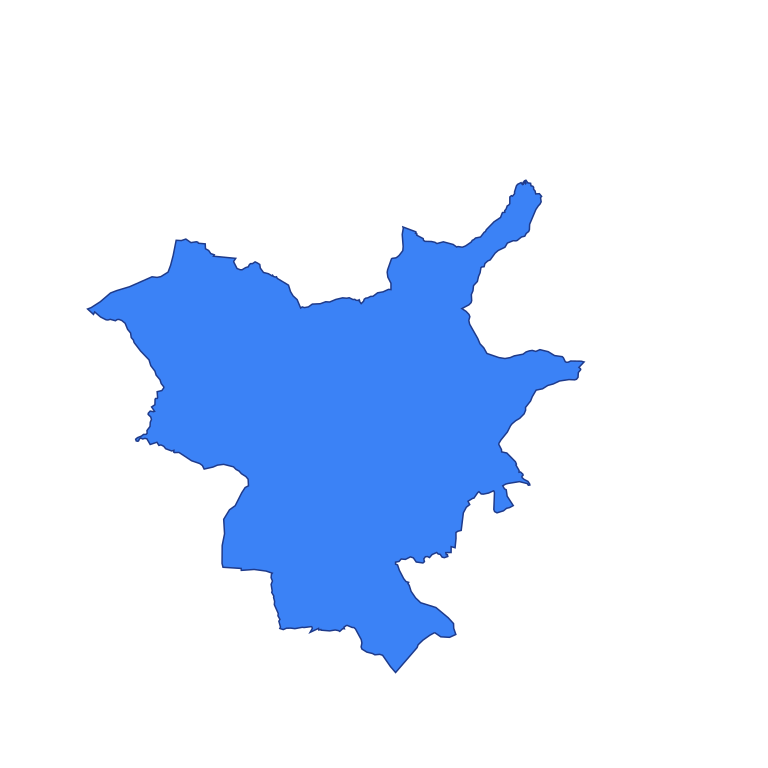 Calugareni, Prahova, Romania (Albers equal-area conic projection), rotated 52°
{"feature_id": "2599482B25191657373311", "entity_name": "Calugareni", "entity_type": "district", "adm_level": 2, "iso_a3": "ROU", "parent_name": "Romania", "parent_adm1": "Prahova", "projection": "albers", "projection_center": [26.374, 45.087], "detail": "fine", "context": "isolated", "style": "filled", "palette": "blue", "viewbox_px": 768, "rotation_deg": 52, "n_neighbors": 0, "source": "geoboundaries", "source_scale": "gbopen_adm2", "svg_char_len": 6158}
<svg xmlns="http://www.w3.org/2000/svg" viewBox="0 0 768 768"><g transform="rotate(52 384 384)"><path d="M142.4,571.4L150.3,570.1L149.1,567.6L156.7,566.1L162.3,563.5L163.6,562.1L164.5,559.9L168.8,556.7L168.9,554.7L169.9,553.1L172.6,551.5L176.8,550.6L183.1,552.4L187.8,552.3L191.8,554.6L195.0,554.4L197.5,555.4L208.2,555.5L220.3,554.3L226.0,556.5L232.9,556.6L236.7,558.1L242.7,557.9L246.5,559.3L250.6,559.3L251.4,559.8L252.4,563.1L250.4,567.5L255.5,570.9L255.8,571.5L254.8,572.9L255.1,573.8L259.3,577.3L259.0,581.3L264.3,581.6L263.9,582.7L261.4,584.9L261.9,587.8L262.8,588.6L266.3,588.1L268.8,589.1L270.2,591.7L273.4,594.5L274.7,599.4L277.0,601.0L277.2,602.5L275.7,604.5L275.7,607.2L274.5,611.3L274.6,613.7L276.3,614.3L277.6,613.2L277.7,612.3L276.7,610.6L276.9,608.9L278.8,608.0L279.6,605.9L281.2,604.6L287.7,605.5L290.1,598.8L293.8,599.2L294.6,597.4L295.5,596.8L297.6,595.9L300.6,595.9L306.1,592.5L306.9,590.4L308.2,591.6L309.0,591.4L311.7,587.7L326.0,582.9L333.2,578.2L336.4,577.3L340.3,578.1L344.2,569.8L345.4,565.2L348.6,559.8L356.6,553.6L360.2,553.2L363.4,551.8L366.9,551.6L371.9,549.8L375.4,549.7L380.8,553.5L380.1,557.2L382.1,563.0L388.3,576.2L388.0,583.2L391.9,593.6L403.9,601.9L411.6,610.9L425.7,622.1L429.3,623.7L441.4,610.1L443.0,611.2L450.2,600.5L458.8,592.1L464.3,588.5L464.6,589.8L467.1,592.2L470.6,593.2L472.4,596.3L478.2,599.5L479.1,600.8L483.3,601.4L484.2,602.4L487.9,604.0L490.4,606.3L499.7,608.6L501.4,610.3L505.4,610.9L506.2,612.9L511.8,615.2L512.5,616.6L515.5,614.6L516.4,611.2L519.0,607.7L521.9,604.9L525.4,598.2L526.7,596.9L530.4,590.7L531.3,590.4L532.5,591.0L534.2,595.1L536.3,586.0L537.7,586.8L538.6,584.9L539.3,585.1L545.1,578.8L547.8,573.9L550.3,571.7L551.7,571.2L551.4,567.1L552.5,565.9L551.0,565.4L551.1,562.5L551.6,561.6L556.2,559.0L557.5,557.6L559.5,557.3L571.4,559.3L574.5,560.9L577.1,563.9L579.3,564.6L584.7,562.6L589.3,559.0L591.8,557.9L594.4,553.8L596.9,552.1L610.7,552.9L618.5,552.5L612.1,520.2L610.5,517.7L609.8,511.0L610.2,502.5L611.0,497.7L611.5,497.0L618.2,494.9L624.0,488.3L625.6,481.6L619.5,479.5L615.6,476.7L607.8,477.3L592.1,480.7L578.9,489.8L572.0,490.8L564.1,490.3L558.2,488.1L556.0,488.0L555.5,486.7L553.2,488.3L549.4,488.3L540.3,486.6L534.9,484.7L533.1,485.8L531.5,484.6L533.1,481.4L532.5,478.2L535.4,475.1L536.5,469.6L539.1,467.9L544.1,468.2L549.0,463.5L548.9,461.5L546.3,460.3L545.6,457.7L546.8,455.9L548.8,455.0L548.0,451.1L549.2,446.2L551.3,446.0L552.8,444.6L556.2,444.8L558.0,443.4L559.2,439.9L557.5,439.1L556.9,440.0L554.9,439.1L558.1,434.9L553.5,431.2L556.8,428.8L550.1,422.4L545.3,418.7L545.5,416.4L546.9,413.3L534.4,400.8L531.8,395.0L531.8,390.7L528.1,390.0L528.7,384.5L529.3,383.4L527.3,377.0L527.3,375.5L530.5,375.1L532.0,373.4L534.3,368.8L535.6,363.5L536.2,363.3L537.8,364.0L550.5,374.7L552.6,375.4L555.1,374.3L557.5,367.9L557.4,364.0L558.7,361.1L559.4,357.0L548.2,356.0L542.6,352.8L540.8,353.6L537.3,353.1L537.8,349.7L538.8,347.4L544.3,337.4L550.7,332.4L552.6,332.6L553.4,331.3L552.6,330.8L549.4,330.5L545.3,332.4L542.8,332.8L541.6,332.1L541.6,330.7L540.7,330.1L537.4,330.6L536.7,331.9L535.3,330.8L529.1,329.9L528.7,329.0L526.1,328.3L514.0,329.7L509.9,333.1L508.0,331.8L502.2,330.7L501.5,330.0L500.1,326.3L497.8,316.4L494.8,310.0L494.2,307.6L494.0,302.8L494.6,298.2L493.8,292.0L491.8,288.5L489.6,286.9L487.6,278.9L485.3,275.0L482.5,267.9L485.4,262.0L486.0,255.8L488.2,250.5L489.7,243.8L494.4,235.5L498.1,231.2L498.8,229.4L498.2,227.0L494.6,223.8L493.8,220.2L493.0,219.8L490.9,220.2L489.8,212.8L487.5,214.5L480.8,222.8L480.2,225.5L479.2,226.9L477.9,227.4L473.8,226.5L472.2,226.7L466.6,232.1L459.6,234.7L452.9,240.0L451.8,244.3L448.8,246.5L447.3,249.2L446.2,252.3L446.1,256.1L442.0,264.1L440.9,268.3L438.4,273.0L433.9,277.2L423.3,284.1L416.9,283.1L411.4,283.6L405.8,282.1L389.6,279.7L386.1,278.0L383.8,274.9L381.5,274.2L377.3,274.6L372.5,276.2L373.9,268.3L373.5,265.3L372.3,263.6L367.3,260.1L365.3,256.5L361.6,252.9L360.7,247.3L357.5,243.4L355.5,239.8L352.0,236.0L352.0,234.9L353.2,232.9L351.2,230.3L350.9,226.5L351.6,223.9L349.3,215.9L349.1,211.8L350.7,204.5L348.9,200.0L350.6,194.0L352.4,191.9L352.9,190.6L352.8,185.1L354.2,182.1L352.9,179.2L352.9,176.1L351.9,174.4L347.8,170.9L340.0,156.9L338.6,152.6L338.3,150.4L337.2,148.0L333.5,145.9L333.2,144.3L329.7,144.4L327.6,147.4L324.9,146.1L322.7,146.2L321.1,145.0L319.8,145.0L318.3,146.1L316.1,144.9L314.1,146.8L310.8,146.7L310.4,148.1L313.2,148.6L313.4,149.2L310.7,149.6L310.8,150.4L312.4,151.4L312.1,152.1L309.7,152.0L308.9,155.8L309.4,157.7L313.0,162.9L314.4,163.9L315.1,167.1L314.0,167.7L314.1,169.7L319.4,173.9L319.8,175.7L319.5,177.2L321.3,180.1L321.7,182.1L323.1,183.1L321.9,184.9L322.0,185.5L324.5,189.6L323.9,197.3L325.4,208.4L326.3,210.2L326.1,211.7L327.6,217.4L325.3,222.0L325.5,224.5L325.1,225.9L325.8,227.8L325.7,230.4L325.4,234.8L324.4,238.1L321.2,241.1L320.8,242.4L316.6,243.6L308.5,249.7L305.9,255.8L303.7,256.6L300.9,258.9L296.8,263.9L295.1,264.4L293.5,263.6L286.9,266.6L286.1,265.7L284.7,266.4L284.4,265.5L283.7,265.2L271.9,272.4L273.2,273.0L277.4,277.6L287.5,284.3L290.5,287.1L292.0,292.9L292.1,295.2L291.9,297.0L290.0,300.2L290.0,301.1L296.2,310.8L297.9,312.7L302.2,315.2L308.9,316.5L313.9,320.4L312.2,322.2L310.8,328.0L308.2,332.9L308.1,338.7L306.7,340.7L306.1,343.8L305.1,345.5L305.0,347.4L306.2,349.1L306.6,352.5L303.3,352.4L303.1,351.8L302.3,351.7L302.3,352.8L300.8,354.5L299.3,354.9L298.4,356.4L294.6,358.3L293.5,360.5L290.6,363.6L287.7,369.9L285.9,376.4L283.3,379.3L281.5,384.8L276.9,391.3L276.7,396.1L274.8,399.7L272.9,401.0L272.8,402.9L264.0,400.5L258.6,401.4L253.7,400.8L247.3,398.4L235.1,403.1L233.3,402.7L232.8,403.8L231.2,404.9L229.7,404.8L229.9,405.6L225.9,407.2L221.9,410.3L216.5,410.1L213.3,408.3L210.6,409.3L208.4,410.4L208.2,413.4L206.9,415.2L207.2,417.0L208.1,418.8L207.1,421.4L206.6,425.5L205.4,427.0L202.5,428.7L195.4,427.3L194.8,426.9L193.7,423.5L178.3,439.7L177.7,438.2L174.6,440.2L170.8,440.0L167.5,441.4L163.5,438.6L158.8,443.6L157.6,443.4L156.4,444.3L153.7,449.1L147.8,450.9L146.2,455.4L142.8,459.3L152.9,471.0L159.1,479.1L162.9,485.3L162.0,493.7L160.3,497.2L156.7,500.8L150.7,524.6L145.8,537.2L143.9,543.5L144.5,556.9L143.5,567.8L142.4,571.4Z" fill="#3b82f6" stroke="#1e3a8a" stroke-width="1.5"/></g></svg>